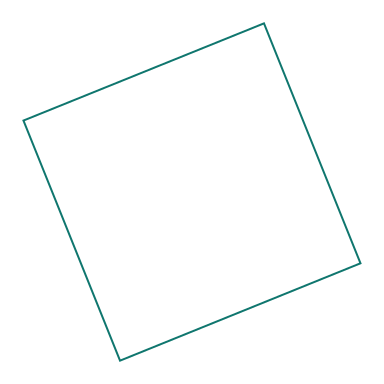 outline of Swisher, Texas, United States of America, rotated 248°
{"feature_id": "52423323B50579359224447", "entity_name": "Swisher", "entity_type": "district", "adm_level": 2, "iso_a3": "USA", "parent_name": "United States of America", "parent_adm1": "Texas", "projection": "mercator", "projection_center": [-101.671, 34.53], "detail": "fine", "context": "isolated", "style": "outline", "palette": "teal", "viewbox_px": 384, "rotation_deg": 248, "n_neighbors": 0, "source": "geoboundaries", "source_scale": "gbopen_adm2", "svg_char_len": 245}
<svg xmlns="http://www.w3.org/2000/svg" viewBox="0 0 384 384"><g transform="rotate(248 192 192)"><path d="M275.6,321.8L321.4,321.9L321.4,62.5L244.0,62.4L62.6,62.1L62.8,321.5L275.6,321.8Z" fill="none" stroke="#0f766e" stroke-width="2"/></g></svg>